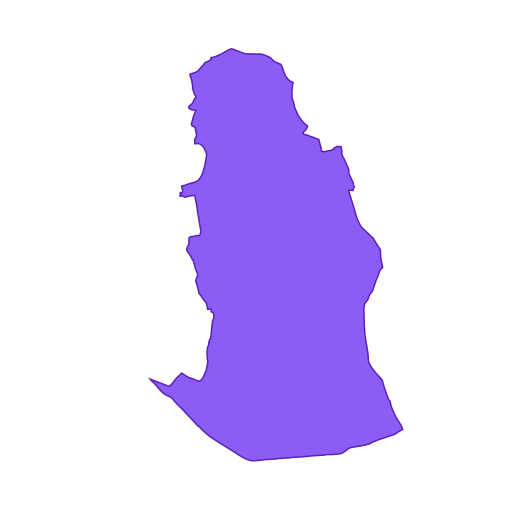 outline of Bang Khen, Bangkok Metropolis, Thailand, rotated 261°
{"feature_id": "78962969B44452950449651", "entity_name": "Bang Khen", "entity_type": "district", "adm_level": 2, "iso_a3": "THA", "parent_name": "Thailand", "parent_adm1": "Bangkok Metropolis", "projection": "mercator", "projection_center": [100.635, 13.871], "detail": "fine", "context": "isolated", "style": "filled", "palette": "violet", "viewbox_px": 512, "rotation_deg": 261, "n_neighbors": 0, "source": "geoboundaries", "source_scale": "gbopen_adm2", "svg_char_len": 6056}
<svg xmlns="http://www.w3.org/2000/svg" viewBox="0 0 512 512"><g transform="rotate(261 256 256)"><path d="M459.1,242.7L457.9,242.5L457.0,241.7L456.3,240.6L455.9,239.7L455.2,236.6L455.0,235.8L454.1,235.0L452.6,233.3L451.3,231.6L449.8,229.8L448.5,228.5L447.6,227.2L447.2,226.2L446.6,223.6L446.0,219.4L445.7,219.2L445.0,219.1L444.1,219.2L440.7,219.8L438.5,220.0L433.3,220.0L431.5,219.5L431.2,219.5L425.9,220.5L424.4,221.0L423.4,221.5L422.6,221.6L421.9,221.3L420.8,219.8L420.4,219.5L417.2,217.5L415.6,215.4L414.2,213.0L412.5,212.9L411.5,213.8L410.8,214.9L409.1,219.0L408.9,219.2L408.2,218.9L405.1,216.9L402.6,215.6L400.6,214.8L397.3,213.2L396.5,213.0L395.4,212.9L394.8,213.1L394.3,213.5L393.8,214.2L393.4,215.3L391.6,216.0L390.6,216.1L388.8,216.0L386.3,216.2L384.9,216.1L383.5,215.8L382.7,215.2L381.3,214.1L380.3,213.6L379.3,213.4L376.5,213.1L376.3,213.5L376.2,216.3L375.6,217.7L375.1,218.4L374.4,219.3L372.5,220.7L370.8,221.6L369.5,222.0L368.5,222.2L366.9,222.7L364.3,223.2L363.9,223.1L359.2,221.7L357.9,221.2L357.6,221.1L355.5,220.3L354.5,220.0L352.5,219.2L345.9,216.1L342.7,213.9L340.2,211.3L339.4,210.2L338.5,207.0L338.1,205.1L338.2,204.3L338.1,203.1L337.5,199.3L337.0,197.2L336.8,194.4L336.7,193.6L336.2,193.4L332.8,193.8L332.0,193.8L331.3,193.7L330.6,193.3L330.1,192.7L330.1,192.1L330.5,191.4L330.4,191.3L329.6,190.7L329.4,190.8L329.1,191.4L328.7,191.5L327.3,190.2L327.0,190.4L326.9,191.8L326.6,192.8L325.5,194.5L325.1,195.4L325.4,196.7L325.6,201.5L325.5,202.5L325.5,204.1L325.3,205.0L324.8,205.1L320.8,205.1L317.4,205.3L313.0,205.3L307.2,205.2L291.3,205.4L291.0,205.5L290.2,205.8L285.9,204.2L285.2,203.7L285.3,202.1L285.3,198.6L285.1,194.4L285.0,193.5L284.7,193.0L284.0,192.6L282.6,192.3L279.8,191.9L278.6,191.6L276.0,190.0L275.4,189.4L273.7,188.6L272.4,188.6L270.8,189.1L267.0,191.1L264.0,192.1L260.3,193.5L259.4,193.6L258.2,193.5L256.1,194.0L253.5,194.1L247.8,195.4L247.0,195.4L245.9,195.3L244.0,194.3L243.0,193.5L241.4,192.7L239.4,192.7L236.4,193.2L232.7,193.6L231.4,193.7L228.3,193.8L227.8,194.0L224.7,195.7L221.4,197.2L217.5,199.5L215.7,199.8L211.0,199.9L210.7,203.2L210.1,203.2L207.8,203.0L207.3,204.2L206.8,204.7L206.5,204.8L205.4,205.0L204.6,205.1L201.0,204.6L199.2,203.2L198.2,202.8L192.0,201.0L187.2,199.8L185.2,199.4L181.0,197.8L180.9,197.2L177.7,195.8L177.6,196.3L174.9,194.8L172.4,193.5L170.0,192.9L166.9,192.3L161.8,191.8L159.9,192.0L156.2,190.9L151.5,189.1L149.9,188.5L149.7,188.2L148.1,187.3L146.6,186.3L144.7,185.0L143.5,184.0L141.5,181.7L141.2,181.1L141.3,180.6L141.5,179.8L142.3,177.9L144.1,175.1L145.6,172.4L146.6,170.5L148.2,168.5L152.0,164.2L151.9,163.9L150.5,162.4L148.2,158.8L145.7,155.9L143.0,153.2L142.5,152.6L140.8,149.8L149.4,134.9L151.0,132.2L148.7,133.4L146.9,135.1L144.9,136.3L144.1,137.0L143.4,137.2L142.2,138.1L140.8,138.8L139.2,140.0L137.5,141.0L136.6,141.8L135.1,142.8L134.0,143.9L131.6,147.0L131.3,147.6L130.6,148.7L129.2,150.2L128.3,151.1L125.7,152.5L123.3,154.2L122.6,154.5L121.0,155.7L117.6,158.1L115.7,159.8L114.8,160.2L108.9,164.1L107.6,165.1L103.6,167.8L99.7,170.3L98.5,171.2L98.2,171.3L97.1,172.1L97.3,172.5L92.3,175.9L89.4,178.3L84.9,182.2L84.1,183.0L82.2,185.1L82.0,185.4L79.0,188.6L65.1,204.7L62.5,207.4L58.9,211.8L56.3,215.7L54.5,219.4L53.9,223.2L53.3,235.0L52.7,241.6L52.4,243.2L52.5,245.2L52.2,249.5L51.3,259.1L51.4,261.2L50.5,268.9L49.8,280.2L48.9,290.2L48.7,292.3L48.7,296.3L48.4,297.2L48.1,299.0L47.7,303.9L47.5,308.4L47.8,308.9L47.8,310.2L49.7,314.4L50.9,316.4L51.5,317.8L51.9,319.4L52.0,321.5L52.0,326.1L52.1,329.9L52.1,334.1L52.3,334.2L52.3,334.4L52.5,337.5L52.9,339.3L54.1,342.6L55.3,348.0L57.9,363.7L58.2,365.1L59.2,367.5L60.3,369.6L61.7,373.8L65.4,373.0L67.4,372.3L68.8,371.7L73.8,369.4L78.5,367.9L85.9,366.1L91.6,365.7L93.5,364.6L94.2,364.2L96.6,364.0L98.5,363.3L99.7,363.3L107.0,362.0L109.3,361.8L114.2,361.1L122.1,355.8L123.6,354.9L128.8,352.3L132.7,350.9L133.6,350.7L135.3,350.7L137.5,350.9L140.6,351.3L141.6,351.1L143.5,351.3L145.4,351.4L145.7,351.3L146.0,351.1L146.3,351.0L147.1,351.3L147.5,351.0L147.8,350.9L148.0,351.0L148.4,351.4L148.5,351.4L149.0,351.2L149.7,351.4L150.8,351.4L151.9,351.1L153.2,351.2L158.4,351.3L159.8,351.3L160.9,351.1L161.6,351.3L163.1,351.4L165.5,351.7L170.1,352.1L171.6,352.3L172.4,352.1L173.6,352.6L179.2,353.2L182.9,353.8L186.5,354.1L190.3,355.3L191.5,355.8L192.4,356.4L194.9,359.2L195.4,359.6L196.0,360.0L197.2,360.5L199.9,362.2L201.4,363.7L202.0,364.4L203.0,365.4L206.8,367.5L213.2,370.8L216.3,372.8L217.5,373.5L218.6,374.0L221.7,375.7L223.2,377.0L223.8,377.8L224.7,379.2L226.9,379.3L228.3,379.2L229.0,379.0L234.2,379.0L236.0,379.0L238.4,379.4L242.6,379.8L252.0,375.8L254.7,374.8L255.8,374.1L260.2,370.6L268.5,364.4L269.2,364.1L271.6,363.3L275.9,362.0L279.7,361.3L290.8,359.9L301.6,358.3L306.5,357.8L306.6,358.0L305.5,362.0L308.9,363.9L310.9,363.4L313.3,363.4L314.4,363.1L315.4,362.7L316.5,362.5L323.0,360.6L324.5,360.7L326.7,361.2L337.6,358.4L338.8,358.0L341.1,357.0L342.2,356.9L343.3,356.7L344.4,356.9L347.2,357.3L348.9,357.2L350.5,357.2L351.6,353.6L351.4,352.8L350.9,351.8L350.9,351.0L349.8,349.4L349.3,349.5L349.2,349.2L348.9,347.7L348.5,345.8L348.7,344.3L348.2,341.0L348.2,340.6L349.1,337.2L352.1,337.2L359.7,336.4L361.1,336.4L364.2,331.2L365.4,328.7L366.7,326.7L367.9,324.4L368.4,323.0L369.3,321.7L369.7,321.4L371.9,323.4L372.9,325.0L373.8,325.8L375.0,326.7L376.0,327.2L376.3,327.2L377.0,326.7L377.8,325.8L379.8,324.1L382.7,322.3L387.1,320.2L390.2,319.1L391.8,318.7L394.0,318.0L397.3,317.4L399.8,317.3L402.0,317.0L404.8,316.7L406.7,316.2L408.8,316.7L411.0,316.9L414.7,317.6L416.3,318.2L418.9,318.8L420.2,319.3L421.2,319.9L422.3,318.8L423.7,316.8L424.3,316.3L425.8,315.1L428.8,313.5L430.3,312.9L432.0,312.7L433.5,312.3L439.7,311.2L441.8,310.1L441.9,309.6L443.5,307.1L445.6,304.1L449.3,301.5L450.9,299.5L453.3,295.6L454.4,293.2L455.1,290.5L455.3,288.4L456.3,283.4L456.5,281.8L457.1,278.4L457.7,276.4L459.3,273.3L460.9,270.9L462.1,268.6L462.7,267.7L463.5,266.5L464.0,265.4L464.4,264.4L464.5,264.0L463.8,260.7L462.1,256.6L460.5,251.9L460.1,250.3L459.1,246.1L459.0,245.1L459.0,243.7L459.1,242.7Z" fill="#8b5cf6" stroke="#5b21b6" stroke-width="1.5"/></g></svg>